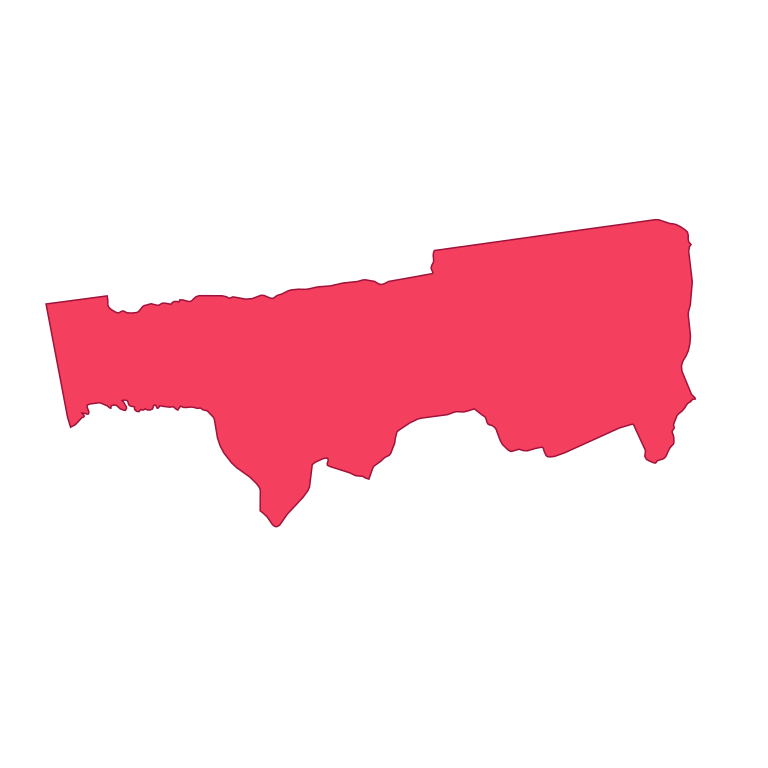 SVG path tracing the border of Sud, rotated 172°
{"feature_id": "CMR-803", "entity_name": "Sud", "entity_type": "Province", "adm_level": 1, "iso_a3": "CMR", "parent_name": "Cameroon", "parent_adm1": "", "projection": "albers", "projection_center": [11.82, 2.912], "detail": "fine", "context": "isolated", "style": "filled", "palette": "rose", "viewbox_px": 768, "rotation_deg": 172, "n_neighbors": 0, "source": "natural_earth", "source_scale": "10m", "svg_char_len": 4353}
<svg xmlns="http://www.w3.org/2000/svg" viewBox="0 0 768 768"><g transform="rotate(172 384 384)"><path d="M390.2,490.0L387.6,489.7L379.0,486.9L375.6,484.1L374.0,483.2L371.6,482.9L369.5,483.4L365.2,484.9L320.4,486.6L320.1,488.1L320.9,490.3L321.2,492.5L320.2,494.9L318.9,496.6L317.8,498.5L317.5,501.3L317.5,503.4L317.2,505.4L316.6,507.4L315.5,509.2L265.4,509.1L215.3,509.1L165.2,509.1L162.7,509.1L125.9,509.0L115.1,509.0L92.5,509.0L89.1,508.4L78.5,503.1L75.6,502.4L72.6,501.3L68.4,498.4L64.5,494.9L62.4,492.3L62.0,488.8L62.6,485.4L62.4,482.2L60.5,479.4L62.6,477.4L62.6,476.4L63.8,473.5L64.5,442.3L69.6,419.9L72.5,413.0L73.1,410.2L73.8,388.9L75.5,381.3L78.1,374.4L81.2,369.5L84.8,365.2L86.9,360.6L87.2,355.3L80.9,330.8L77.9,326.9L77.9,325.8L79.5,325.9L80.6,325.6L82.5,324.7L82.5,324.0L85.4,322.8L86.4,322.0L87.5,321.0L89.0,319.0L90.7,317.4L92.5,315.8L96.8,313.2L97.9,312.3L98.5,311.5L102.5,304.4L102.7,303.9L102.9,303.4L102.9,302.6L102.7,300.9L102.7,300.1L103.0,299.6L104.5,298.0L105.0,297.4L105.3,296.8L105.3,296.2L105.3,295.7L104.7,293.3L104.5,291.3L104.7,287.9L105.3,285.0L105.7,284.4L106.2,283.9L109.1,281.5L110.3,280.2L112.8,276.6L113.3,275.4L114.0,274.5L114.9,273.2L115.9,272.2L116.4,271.8L117.0,271.5L118.1,271.0L119.1,270.8L123.0,270.2L123.7,270.0L124.1,269.8L124.5,269.5L125.6,268.3L125.9,268.1L126.3,267.9L128.7,268.8L131.9,270.8L134.6,272.9L135.8,276.2L134.3,281.6L142.6,309.2L143.8,309.7L157.0,307.7L209.7,292.2L214.0,290.9L224.9,288.6L228.6,288.6L231.6,289.0L233.0,290.0L233.7,291.3L234.7,294.8L235.3,298.6L236.2,299.5L243.2,299.1L251.2,297.9L255.0,298.6L257.4,299.6L258.9,300.6L260.8,300.4L266.1,299.6L267.9,299.6L270.1,301.2L275.0,307.4L276.7,311.6L279.5,324.2L281.4,326.7L283.2,328.1L284.9,328.7L286.4,329.6L287.3,331.4L288.0,336.2L288.9,337.8L291.0,339.5L298.0,346.8L304.3,345.7L308.8,345.2L315.9,346.5L318.6,346.3L325.5,344.8L351.7,345.0L355.5,344.6L363.6,342.0L376.1,336.0L377.9,334.7L380.4,328.5L381.7,323.8L387.1,314.2L388.9,312.6L392.5,311.5L394.6,310.4L397.9,308.0L405.5,304.0L406.8,302.3L412.2,291.9L415.2,293.4L418.1,295.6L424.0,296.9L426.1,297.9L429.9,300.6L448.8,309.7L451.2,311.3L451.4,312.7L450.6,314.7L450.3,315.2L449.8,316.3L450.1,318.2L452.1,318.8L454.9,318.5L463.0,316.1L466.3,314.1L472.0,292.7L474.1,289.1L479.9,283.1L497.7,268.7L507.0,258.8L509.1,257.8L510.9,257.7L512.2,258.4L513.1,259.2L514.2,260.6L518.2,268.6L521.7,273.0L524.3,275.7L521.3,295.8L521.5,297.3L521.8,298.7L522.6,300.5L524.6,303.8L529.9,310.6L541.6,321.7L545.9,327.1L552.1,337.9L554.8,345.3L556.4,353.6L556.9,372.5L557.4,374.5L562.5,381.7L563.3,382.2L566.5,383.5L567.7,384.3L568.2,385.1L568.9,385.6L572.7,386.0L575.7,387.4L578.1,388.0L583.6,388.3L586.1,388.8L588.4,390.4L591.6,387.4L591.8,386.9L593.1,387.8L595.9,390.8L597.0,390.9L599.1,390.8L606.6,392.8L609.0,393.8L609.8,392.6L611.0,391.6L612.0,391.6L613.0,394.7L614.1,395.1L615.3,394.5L615.8,393.2L616.8,391.4L619.1,390.8L621.9,391.2L623.9,392.6L625.4,391.9L626.2,391.7L627.0,391.9L628.5,392.6L630.4,390.7L632.9,391.4L634.6,393.5L634.2,396.0L638.3,397.5L639.5,398.7L640.4,402.9L641.6,403.8L643.4,404.2L645.6,404.1L644.4,402.4L642.4,397.3L642.2,396.0L643.7,393.9L645.4,394.2L647.0,395.3L648.6,396.0L651.8,399.9L653.2,400.6L655.6,400.7L656.8,400.6L657.3,400.1L657.8,398.1L659.0,398.5L660.2,399.9L660.6,400.6L666.9,404.4L668.7,405.1L678.5,405.1L680.9,404.3L681.2,402.3L680.1,397.7L680.8,395.4L682.5,395.6L684.8,396.6L687.1,397.2L685.4,394.5L685.5,393.4L688.1,392.5L694.5,387.3L696.3,386.2L698.5,385.6L700.4,384.8L702.0,395.2L707.5,509.8L707.5,510.2L707.5,510.3L700.5,510.2L674.7,510.0L645.9,509.8L645.8,505.7L646.5,500.6L645.8,498.2L644.2,496.2L641.7,494.0L639.1,492.1L637.2,491.3L636.1,491.6L633.7,492.6L632.1,492.6L631.0,492.1L628.7,490.3L624.0,489.4L618.9,489.2L617.4,489.7L615.5,491.1L612.1,494.4L610.5,495.0L603.4,495.9L598.7,493.9L596.0,493.3L593.7,494.4L591.9,494.9L589.0,494.4L583.9,492.6L582.2,494.2L580.3,494.9L578.2,494.7L575.8,493.8L574.4,495.8L571.1,495.1L567.3,493.4L564.4,492.6L562.3,493.5L560.4,495.1L558.0,496.6L554.7,497.2L532.0,493.9L528.0,492.4L525.3,490.4L521.4,491.3L518.5,490.4L509.2,487.3L502.7,486.9L493.5,489.0L490.5,488.4L485.0,485.1L482.9,484.3L481.3,484.5L477.8,486.4L476.1,486.8L472.8,487.3L466.3,489.5L463.0,490.1L455.7,489.8L448.9,488.7L445.9,488.6L436.1,489.4L423.4,488.6L410.6,489.7L395.9,489.2L390.2,490.0Z" fill="#f43f5e" stroke="#9f1239" stroke-width="1.5"/></g></svg>